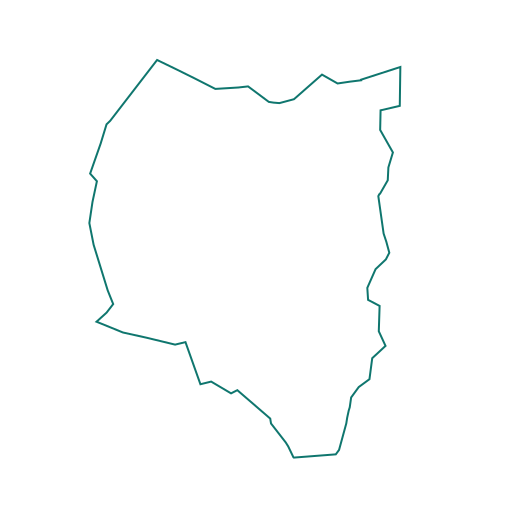 Tarka, Benue, Nigeria, rotated 353°
{"feature_id": "59680162B13650355505793", "entity_name": "Tarka", "entity_type": "district", "adm_level": 2, "iso_a3": "NGA", "parent_name": "Nigeria", "parent_adm1": "Benue", "projection": "albers", "projection_center": [8.881, 7.59], "detail": "fine", "context": "isolated", "style": "outline", "palette": "teal", "viewbox_px": 512, "rotation_deg": 353, "n_neighbors": 0, "source": "geoboundaries", "source_scale": "gbopen_adm2", "svg_char_len": 1027}
<svg xmlns="http://www.w3.org/2000/svg" viewBox="0 0 512 512"><g transform="rotate(353 256 256)"><path d="M107.2,162.4L100.3,182.4L94.6,203.0L96.2,225.1L104.6,272.0L106.4,278.8L108.4,286.3L100.8,294.0L89.7,301.8L114.6,315.7L137.5,323.8L164.9,334.1L175.5,332.9L185.2,376.5L196.2,375.2L214.5,389.3L221.1,386.9L250.3,419.1L250.5,424.1L262.8,444.7L264.8,449.0L268.6,460.3L269.0,460.7L311.0,462.6L314.8,458.6L325.2,433.2L326.8,427.6L329.2,420.7L330.6,417.6L333.2,408.0L342.0,398.6L353.6,392.1L358.9,371.6L373.6,361.0L368.7,345.7L372.6,320.6L361.9,313.2L362.6,301.2L373.1,283.6L384.5,275.2L388.7,269.0L387.1,257.8L385.4,249.3L384.7,211.5L385.9,209.7L386.7,209.3L396.0,196.9L398.2,184.2L404.5,169.9L394.6,146.0L397.4,126.6L417.0,124.5L422.3,86.0L381.8,93.8L381.8,94.4L370.6,94.4L358.0,94.7L343.6,84.0L312.8,105.0L297.9,107.1L292.1,105.9L287.5,104.6L268.8,86.7L259.0,86.6L236.0,85.2L216.1,71.8L198.3,60.1L181.7,49.4L127.7,104.1L123.7,107.1L115.5,125.5L101.4,154.0L107.2,162.4Z" fill="none" stroke="#0f766e" stroke-width="2"/></g></svg>